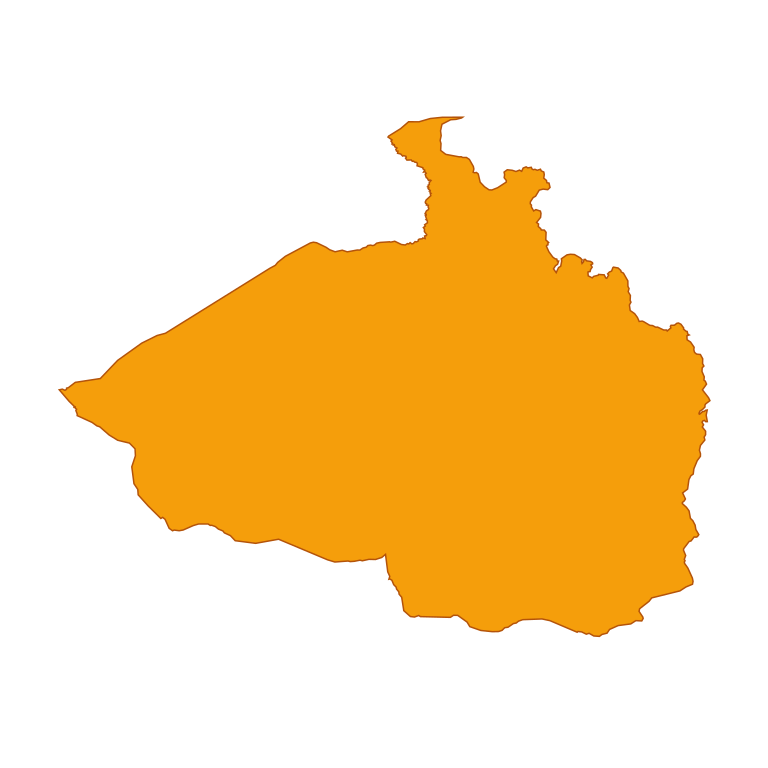 Pru West, Brong Ahafo, Ghana (Robinson projection), rotated 267°
{"feature_id": "2480657B32965552352903", "entity_name": "Pru West", "entity_type": "district", "adm_level": 2, "iso_a3": "GHA", "parent_name": "Ghana", "parent_adm1": "Brong Ahafo", "projection": "robinson", "projection_center": [-1.234, 8.037], "detail": "fine", "context": "isolated", "style": "filled", "palette": "amber", "viewbox_px": 768, "rotation_deg": 267, "n_neighbors": 0, "source": "geoboundaries", "source_scale": "gbopen_adm2", "svg_char_len": 6140}
<svg xmlns="http://www.w3.org/2000/svg" viewBox="0 0 768 768"><g transform="rotate(267 384 384)"><path d="M277.9,688.1L283.1,689.0L291.1,692.8L295.2,696.2L297.8,696.4L301.4,695.5L306.1,696.8L311.3,701.5L314.2,700.9L316.5,702.5L320.0,702.7L324.4,699.6L326.5,701.0L329.2,699.6L330.4,700.4L330.9,702.0L329.5,703.4L329.5,704.9L336.0,704.1L341.1,705.4L340.9,703.7L339.9,702.5L339.8,700.7L337.3,697.6L337.7,697.0L338.7,697.2L340.4,698.1L342.0,700.9L344.2,703.3L346.1,703.4L347.3,704.2L350.3,708.6L353.3,707.4L361.5,701.7L367.0,706.1L370.0,705.0L371.1,703.7L374.4,704.2L379.9,702.2L383.5,702.6L385.2,704.4L387.7,703.2L392.5,703.6L396.9,701.5L397.5,697.7L399.3,695.8L401.9,695.2L404.5,695.6L409.9,692.3L412.3,689.0L416.3,689.0L417.0,691.3L417.9,690.0L420.6,689.5L420.9,688.4L423.1,686.0L424.3,686.2L428.1,683.7L429.5,681.3L429.3,679.6L427.5,677.1L427.6,673.7L426.6,673.0L425.0,673.4L422.1,669.6L423.1,669.1L423.3,666.1L426.5,660.2L426.5,658.3L428.3,655.3L428.7,652.5L432.7,646.5L433.3,645.1L433.1,642.1L437.1,640.6L441.1,638.0L444.5,633.7L450.1,633.2L452.8,634.9L454.7,634.2L459.5,634.7L463.4,632.7L466.5,633.7L468.7,632.7L474.2,632.9L482.2,628.9L483.5,626.7L485.0,626.4L487.6,623.9L488.7,619.3L488.3,618.7L484.9,617.2L484.0,614.9L482.3,613.1L481.0,614.0L477.9,612.0L478.3,611.0L481.5,609.6L482.2,604.0L481.4,603.6L480.5,599.0L479.1,597.5L481.3,593.6L484.5,593.5L485.3,593.7L485.5,595.7L487.5,596.3L489.8,598.0L492.1,596.8L493.1,598.7L494.3,598.5L495.6,596.7L496.4,592.7L497.9,591.6L497.9,590.3L495.5,589.6L494.0,588.1L495.7,587.7L497.6,588.4L499.6,586.7L503.3,581.0L503.8,577.0L503.4,573.5L499.8,567.7L497.4,567.9L492.3,566.6L491.1,564.4L486.2,561.8L490.1,559.3L493.1,561.4L494.5,563.6L497.6,564.8L497.7,563.5L499.7,563.1L500.1,561.4L501.9,559.2L507.4,555.6L513.0,553.4L513.9,553.7L514.4,555.0L516.2,555.1L516.7,555.8L519.5,553.1L527.0,553.8L529.3,552.2L529.6,549.1L531.0,548.6L533.2,546.3L535.7,546.7L537.3,544.8L542.2,549.1L546.2,549.7L548.5,549.2L550.2,544.8L549.0,542.5L553.2,540.4L554.9,540.6L556.3,539.5L558.2,539.7L561.4,542.0L562.4,542.8L563.6,545.2L569.5,549.2L570.3,553.1L569.5,557.7L571.6,560.1L576.0,559.3L576.5,557.2L578.8,556.9L581.2,554.3L584.7,555.0L587.3,554.7L588.6,552.2L590.3,551.5L589.4,548.2L590.5,546.0L590.2,544.3L590.9,543.1L592.7,542.4L592.3,538.9L593.4,537.3L592.4,534.3L589.2,532.6L590.5,530.5L589.3,526.9L590.7,523.3L591.5,518.3L589.3,515.0L586.7,515.4L583.7,514.8L580.8,516.8L579.2,516.6L574.1,507.8L572.1,501.9L572.4,499.1L575.7,494.7L580.5,490.6L588.8,489.1L590.4,487.4L590.2,485.4L590.8,484.1L594.0,485.0L596.6,484.6L603.8,481.0L605.9,478.2L606.1,474.5L606.9,473.0L606.9,471.0L610.1,457.7L614.3,452.8L621.1,453.5L624.3,452.8L629.0,454.1L633.9,453.7L640.4,455.5L644.4,464.4L644.5,469.8L645.6,475.4L646.3,476.5L647.3,456.2L646.7,444.1L644.0,432.6L644.6,422.3L638.1,413.9L631.4,401.7L630.4,400.9L627.3,404.8L626.2,403.7L624.2,405.0L623.3,404.5L623.1,405.5L622.1,405.7L622.4,406.8L620.3,407.2L619.0,409.3L617.7,408.1L615.9,408.7L615.8,410.1L613.7,409.6L612.8,412.7L610.6,414.6L611.0,415.7L610.2,417.9L609.2,418.1L608.4,417.3L606.4,418.6L606.3,422.9L604.9,423.9L605.0,425.2L604.0,426.2L603.5,428.2L602.3,428.9L600.2,428.4L598.0,434.1L596.8,434.2L595.4,435.9L593.6,434.7L593.8,436.0L592.2,437.2L591.3,436.1L587.9,437.0L587.2,438.1L584.9,439.1L585.3,440.6L584.8,441.6L582.7,439.7L580.8,439.7L580.3,438.5L579.1,438.6L578.6,437.8L577.5,439.0L577.0,438.3L576.2,438.7L575.0,440.2L574.3,439.6L574.2,440.2L572.8,440.0L572.0,440.9L571.7,440.2L569.6,440.6L565.5,435.7L563.5,434.7L562.3,435.0L561.8,436.0L560.5,435.7L560.1,437.7L558.5,437.3L557.1,437.9L555.9,437.5L554.6,435.4L551.9,433.9L551.3,435.0L550.4,435.0L550.2,434.1L546.2,435.2L545.9,434.6L544.9,435.8L542.7,435.8L540.9,432.9L539.5,433.5L538.2,431.5L536.7,432.5L534.1,432.3L530.9,434.5L530.0,434.1L529.7,432.3L527.1,432.7L527.8,430.4L527.0,429.7L526.9,426.9L526.4,425.9L525.1,425.8L524.2,423.9L524.6,422.5L522.7,420.5L522.5,419.1L523.8,417.5L522.6,416.1L523.0,414.7L521.7,412.5L522.4,408.7L526.0,402.2L525.3,398.1L525.7,397.1L525.6,387.6L525.0,384.0L523.2,381.7L522.8,380.0L523.4,377.8L523.1,375.1L521.6,373.5L520.9,370.1L519.0,366.9L519.2,364.2L517.9,354.2L519.8,349.3L518.6,342.1L520.9,336.8L523.5,333.4L528.6,324.1L529.3,320.9L528.7,317.8L516.7,292.2L511.0,284.2L508.2,281.7L505.5,276.0L446.1,168.4L444.3,159.9L437.5,144.2L421.5,119.2L404.3,101.0L401.8,75.8L396.8,68.5L396.5,66.8L395.3,66.7L394.4,65.1L395.7,62.5L395.2,59.4L383.1,68.7L378.1,73.3L377.0,73.2L377.2,74.5L376.0,74.4L374.9,75.7L373.6,74.9L370.0,76.1L368.5,75.9L360.9,90.5L357.2,95.1L356.2,97.8L347.5,106.8L341.7,115.2L338.3,126.7L332.3,132.0L325.3,132.0L314.5,127.8L297.5,129.1L291.6,132.6L286.2,132.7L274.7,142.0L261.4,154.1L262.4,156.0L260.3,158.3L251.1,161.9L248.5,165.2L249.1,166.8L248.2,171.8L248.7,175.8L252.6,186.1L253.9,191.5L253.4,201.0L251.9,203.0L251.9,204.7L250.4,208.2L247.8,211.0L245.7,215.4L243.7,216.8L240.6,222.7L235.3,227.2L231.6,247.5L234.5,270.6L211.4,318.4L208.8,325.6L209.1,338.9L208.4,341.0L208.5,345.1L209.3,350.8L208.6,353.1L209.7,359.8L209.2,366.3L210.9,372.7L213.8,376.6L196.2,377.9L191.6,379.7L188.8,378.7L189.0,379.6L187.6,381.6L183.1,383.2L180.5,385.5L178.6,385.8L175.7,387.9L173.3,388.1L170.1,390.5L156.6,391.9L150.4,398.2L149.7,402.3L151.0,406.6L149.8,408.2L147.5,438.1L149.4,441.3L149.1,445.5L141.9,454.5L137.2,457.0L132.8,467.8L131.0,479.2L130.8,485.5L131.8,489.0L134.3,491.8L134.6,495.1L138.0,500.7L138.4,503.6L140.1,505.9L141.4,510.2L141.1,529.5L139.0,537.3L126.0,563.9L126.7,564.7L126.1,568.4L123.6,572.9L124.3,575.8L121.4,580.3L120.7,585.9L122.5,588.6L123.5,593.7L127.1,596.4L130.5,605.2L131.5,617.9L134.5,623.1L133.9,629.0L136.2,630.5L137.7,630.3L143.6,626.8L146.2,627.5L153.1,637.3L156.4,640.2L161.9,668.7L165.5,674.9L167.9,681.6L170.7,682.3L174.1,681.8L184.3,677.8L189.1,674.8L190.6,674.6L191.7,675.4L193.2,674.7L196.9,676.3L202.3,674.4L203.8,674.6L210.8,680.5L211.2,682.4L215.0,685.7L214.7,687.7L215.2,689.0L217.1,690.5L222.4,687.8L226.8,687.3L231.4,685.2L233.8,683.0L241.3,682.0L245.1,679.5L248.9,675.7L250.1,675.8L251.6,677.8L253.4,679.0L259.6,676.5L263.2,681.7L272.6,683.5L276.3,685.6L277.9,688.1Z" fill="#f59e0b" stroke="#b45309" stroke-width="1.5"/></g></svg>